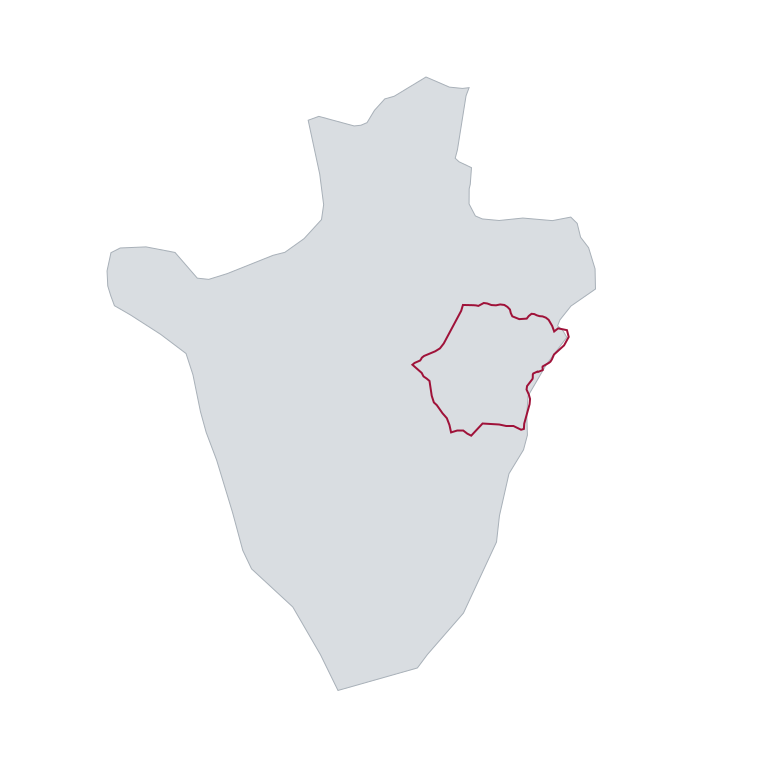 Ruyigi on a map of Burundi (Mercator projection), rotated 343°
{"feature_id": "BDI-2635", "entity_name": "Ruyigi", "entity_type": "Province", "adm_level": 1, "iso_a3": "BDI", "parent_name": "Burundi", "parent_adm1": "", "projection": "mercator", "projection_center": [30.363, -3.445], "detail": "fine", "context": "in_parent", "style": "outline", "palette": "rose", "viewbox_px": 768, "rotation_deg": 343, "n_neighbors": 0, "source": "natural_earth", "source_scale": "10m", "svg_char_len": 2184}
<svg xmlns="http://www.w3.org/2000/svg" viewBox="0 0 768 768"><g transform="rotate(343 384 384)"><path d="M552.0,125.5L546.7,132.4L522.7,181.5L518.1,188.9L520.7,193.4L530.9,202.7L524.9,218.2L522.5,222.3L518.0,236.7L520.5,250.0L526.3,254.9L541.9,261.3L565.3,265.9L592.8,277.0L611.4,279.0L615.7,286.9L614.9,301.1L619.5,313.5L619.5,335.6L614.0,355.0L585.6,364.1L571.0,374.1L567.0,379.1L570.6,385.0L572.5,392.8L545.7,412.2L518.3,437.5L511.7,454.6L506.2,474.8L498.2,487.7L477.3,506.3L455.9,543.7L445.4,568.0L393.0,626.3L346.4,655.4L332.9,665.3L250.4,663.6L244.1,624.3L231.6,570.6L203.3,522.1L200.3,501.9L201.6,462.8L201.7,407.8L199.8,378.3L200.4,356.8L204.0,319.3L203.6,297.0L184.9,271.2L161.7,243.8L149.1,230.3L148.5,219.5L148.5,209.5L152.2,194.9L161.3,178.6L171.5,176.8L196.5,183.3L222.6,197.1L236.4,228.2L247.0,232.7L266.3,232.6L315.5,228.5L327.7,229.1L350.1,221.6L372.3,208.5L378.7,194.9L383.9,164.5L388.6,109.6L399.9,109.0L430.9,128.5L437.6,129.8L444.2,129.1L454.9,119.5L468.1,111.6L477.9,111.8L513.9,102.7L533.3,119.2L545.5,124.3L552.0,125.5Z" fill="#d9dde1" stroke="#a8b0b8" stroke-width="1"/><path d="M566.8,381.7L574.7,386.0L574.4,393.0L567.5,399.7L555.2,405.5L551.8,409.5L549.7,411.3L547.9,412.0L540.9,413.6L540.5,414.2L540.1,416.5L539.8,417.1L534.8,417.5L534.6,417.0L534.1,417.0L529.8,417.6L529.1,418.4L528.1,421.5L527.5,422.6L520.2,427.8L518.7,431.0L519.4,436.2L519.3,441.0L517.3,445.9L506.5,462.9L504.7,467.7L504.6,467.9L501.7,467.8L495.5,462.0L488.6,459.9L482.3,456.4L466.7,450.6L452.3,458.9L449.2,455.9L446.2,451.7L440.3,449.9L434.0,449.9L434.6,442.4L434.1,435.1L431.4,429.1L428.3,419.6L426.3,416.2L426.2,409.2L428.4,394.4L426.4,391.3L424.0,388.3L423.3,384.4L416.8,373.9L419.4,372.8L425.4,372.1L426.7,371.1L427.9,369.9L430.5,368.9L442.5,367.7L447.9,366.3L453.0,362.7L479.2,336.6L482.6,331.5L492.6,334.8L494.9,335.7L497.1,336.9L503.1,335.7L506.3,337.2L509.8,339.9L514.1,341.5L518.4,341.9L522.2,343.6L524.6,346.4L526.2,349.6L526.0,353.3L526.5,356.8L532.3,361.5L539.6,363.2L542.3,361.3L545.6,360.0L548.2,361.1L550.2,363.0L552.6,364.6L555.4,365.7L558.2,367.9L560.2,370.8L561.8,377.6L562.1,383.5L566.8,381.7L566.8,381.7Z" fill="none" stroke="#9f1239" stroke-width="2"/></g></svg>